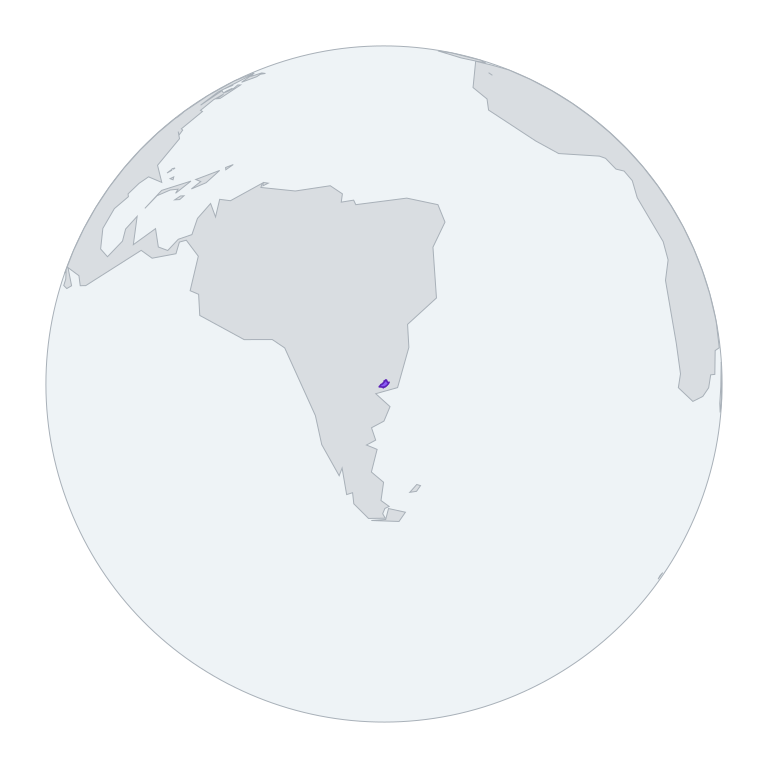 the Earth from above Durazno, rotated 337°
{"feature_id": "URY-13", "entity_name": "Durazno", "entity_type": "Department", "adm_level": 1, "iso_a3": "URY", "parent_name": "Uruguay", "parent_adm1": "", "projection": "orthographic", "projection_center": [-56.089, -32.962], "detail": "fine", "context": "on_globe", "style": "filled", "palette": "violet", "viewbox_px": 768, "rotation_deg": 337, "n_neighbors": 0, "source": "natural_earth", "source_scale": "10m", "svg_char_len": 4847}
<svg xmlns="http://www.w3.org/2000/svg" viewBox="0 0 768 768"><g transform="rotate(337 384 384)"><circle cx="384" cy="384" r="338" fill="#eef3f6" stroke="#a8b0b8"/><path d="M297.0,57.5L295.3,58.0L298.5,57.6L305.3,55.6L305.3,55.4L305.5,55.3L334.8,49.7L364.5,46.6L365.4,46.6L385.2,46.8L385.5,47.3L369.1,48.7L345.3,50.4L324.1,55.7L349.6,50.7L349.9,53.4L354.9,53.6L361.7,53.0L366.2,51.6L368.8,52.7L344.5,57.1L341.8,56.2L349.5,54.5L338.3,55.7L322.0,60.4L323.4,62.2L297.2,69.9L297.9,71.6L292.6,74.8L293.2,71.2L291.6,78.3L261.0,94.2L258.2,111.6L248.2,101.3L236.9,103.6L222.7,109.0L221.9,111.7L204.3,117.2L186.0,130.9L175.9,149.0L179.2,158.8L199.1,150.3L206.7,140.4L222.3,133.2L207.7,157.8L234.4,151.7L229.8,169.7L237.1,176.6L251.2,170.4L265.6,171.4L277.0,158.7L294.9,150.1L294.2,164.4L304.9,149.8L314.3,155.3L350.5,151.6L347.5,155.0L377.8,171.7L412.0,180.5L420.0,192.7L415.7,199.9L427.9,202.9L428.1,207.9L477.6,221.8L503.7,240.0L503.4,258.8L482.5,277.2L465.9,325.3L429.0,338.3L421.2,360.0L395.1,392.6L372.6,389.7L380.7,407.2L369.5,418.1L355.4,419.4L354.4,432.4L344.0,433.3L352.1,441.5L338.0,460.1L345.2,474.3L335.7,490.1L340.9,498.7L336.2,498.9L332.1,502.9L332.7,508.0L317.2,501.7L309.4,482.5L312.6,471.8L306.4,471.2L312.6,445.0L306.9,450.9L303.0,415.5L308.5,386.3L306.7,312.0L298.5,299.4L272.6,288.5L241.2,248.9L248.4,229.0L242.0,222.4L263.0,193.8L258.2,174.4L251.1,173.4L243.4,182.8L219.7,177.6L212.7,166.1L147.8,176.9L142.8,174.8L145.5,165.1L138.6,153.4L134.8,171.5L129.3,172.2L127.7,168.2L132.1,163.0L135.8,155.2L133.5,157.2L150.4,139.8L168.5,123.7L187.7,108.9L208.0,95.5L229.2,83.6L251.1,73.3L273.7,64.6L297.0,57.5ZM255.0,118.9L285.6,121.8L266.7,127.0L270.5,124.2L263.1,121.9L248.7,122.0L232.5,128.9L255.0,118.9ZM272.1,104.4L266.7,105.0L272.2,103.6L272.1,104.4ZM344.1,516.4L319.0,504.7L332.6,509.4L339.5,500.4L353.6,510.4L344.1,516.4ZM365.4,493.8L374.9,489.3L377.9,491.8L372.0,495.5L365.4,493.8ZM599.6,123.8L603.1,127.9L595.7,123.3L582.3,113.9L563.8,98.4L575.6,105.7L599.6,123.8ZM715.1,451.5L713.8,457.6L706.8,481.6L701.9,482.6L692.3,504.4L688.3,503.2L681.4,514.3L672.6,520.0L661.5,520.7L653.5,502.4L660.9,490.5L669.0,460.6L683.6,398.6L694.0,380.8L696.6,362.0L689.9,311.5L692.0,293.8L688.2,281.8L681.5,276.8L676.1,262.8L671.3,258.4L634.8,240.1L618.7,219.7L587.3,172.7L590.2,161.9L581.8,145.9L594.5,122.7L607.3,132.2L621.4,143.5L637.8,160.9L653.0,179.5L666.8,199.1L679.2,219.6L690.1,240.9L699.5,263.0L707.3,285.6L713.4,308.8L717.9,332.3L720.8,356.1L721.9,380.1L721.3,404.0L719.1,427.9L715.1,451.5ZM601.9,138.3L604.4,142.2L601.9,138.3ZM351.7,151.3L355.9,153.9L350.0,154.3L351.7,151.3ZM263.3,132.7L270.1,131.4L273.4,132.6L268.0,134.4L263.3,132.7ZM322.8,122.8L331.0,123.1L322.1,125.0L322.8,122.8ZM290.6,122.2L316.2,123.2L298.9,129.2L282.9,129.2L294.4,126.0L290.6,122.2ZM267.3,111.4L271.4,111.2L269.6,113.6L267.3,111.4ZM276.1,103.5L274.4,104.0L272.7,103.0L276.1,103.5ZM351.3,53.1L353.4,52.8L360.0,52.5L356.2,53.3L351.3,53.1ZM393.0,49.9L396.2,51.8L391.3,50.6L386.8,51.4L370.8,50.6L384.8,47.6L381.3,48.8L393.0,49.9ZM353.4,49.8L362.0,49.9L352.1,50.0L353.4,49.8ZM566.9,666.5L560.0,670.8L563.1,668.3L566.9,666.5ZM689.0,529.5L682.3,541.6L685.5,533.1L693.0,518.1L703.0,495.5L702.9,495.7L689.0,529.5Z" fill="#d9dde1" stroke="#a8b0b8" stroke-width="1"/><path d="M387.1,380.9L387.2,381.0L387.3,381.1L387.5,381.2L387.6,381.3L387.8,381.3L387.9,381.6L387.8,382.0L387.7,382.3L387.9,382.7L387.9,382.8L387.7,382.8L387.7,383.0L387.8,383.1L387.8,383.4L387.8,383.5L387.9,383.8L388.0,383.9L388.5,384.2L388.6,384.3L389.1,384.4L389.3,384.4L389.3,384.5L389.2,384.6L388.9,384.8L388.6,385.1L388.2,385.4L388.1,385.5L388.0,385.4L387.9,385.4L387.7,385.5L387.4,385.7L387.2,385.8L386.3,386.4L386.2,386.4L385.9,386.4L385.8,386.5L385.7,386.5L385.3,386.7L385.1,386.8L384.9,386.8L384.9,386.7L384.5,386.8L384.3,386.8L384.2,386.9L384.2,387.0L383.7,387.1L383.3,387.1L383.2,387.0L383.1,386.8L383.0,386.7L382.8,386.8L382.7,386.8L382.6,386.7L382.4,386.6L382.4,386.8L382.4,387.0L382.2,387.1L381.8,387.2L381.7,387.0L381.7,386.9L381.7,386.7L381.2,386.2L380.8,385.9L380.6,385.9L380.4,385.8L380.3,385.7L380.2,385.6L380.2,385.4L379.8,385.3L379.6,385.3L379.4,385.3L379.1,385.2L378.9,385.0L378.9,384.9L378.9,384.7L378.7,384.6L378.8,384.5L378.8,384.4L379.0,384.3L379.4,384.4L379.5,384.4L379.6,384.2L379.8,384.2L380.0,384.0L380.1,383.9L380.3,383.9L380.4,383.7L380.5,383.6L380.7,383.4L380.8,383.4L381.0,383.3L381.3,383.4L381.5,383.3L381.7,383.2L381.8,383.2L382.0,383.2L382.2,383.3L382.3,383.4L382.5,383.3L382.5,383.2L382.8,383.1L383.0,383.2L383.3,383.2L383.4,382.9L383.5,382.7L383.8,382.6L384.0,382.5L384.4,382.5L384.5,382.3L384.6,382.2L384.8,382.0L384.9,381.9L385.0,381.9L385.1,382.0L385.3,382.1L385.5,381.9L385.5,381.7L385.5,381.4L385.8,381.5L386.0,381.6L386.1,381.3L386.3,381.3L386.5,381.3L386.8,381.3L386.9,381.2L387.0,380.9L387.1,380.9Z" fill="#8b5cf6" stroke="#5b21b6" stroke-width="1.5"/></g></svg>